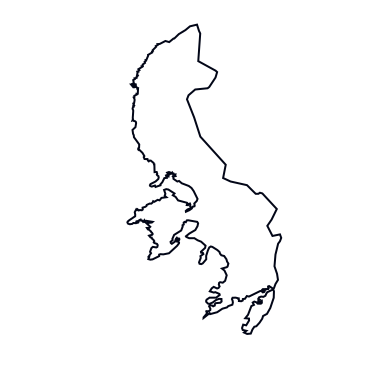 Ulstein nor, Møre og Romsdal, Norway (Albers equal-area conic projection), rotated 337°
{"feature_id": "86288312B47478936056679", "entity_name": "Ulstein nor", "entity_type": "district", "adm_level": 2, "iso_a3": "NOR", "parent_name": "Norway", "parent_adm1": "Møre og Romsdal", "projection": "albers", "projection_center": [5.867, 62.327], "detail": "fine", "context": "isolated", "style": "outline", "palette": "ink", "viewbox_px": 384, "rotation_deg": 337, "n_neighbors": 0, "source": "geoboundaries", "source_scale": "gbopen_adm2", "svg_char_len": 6087}
<svg xmlns="http://www.w3.org/2000/svg" viewBox="0 0 384 384"><g transform="rotate(337 192 192)"><path d="M262.0,39.9L254.9,38.7L249.2,40.4L241.6,41.5L235.6,43.8L235.0,43.5L229.6,45.1L226.5,42.6L220.1,43.1L218.1,42.4L218.1,43.2L215.7,43.5L215.7,44.3L211.2,46.1L211.2,46.9L210.0,47.2L209.9,48.0L205.1,48.6L204.9,49.4L201.7,52.5L200.9,52.4L200.9,53.2L199.3,53.6L199.2,54.8L196.4,55.4L195.9,57.0L194.8,56.6L194.7,57.4L190.7,58.0L191.1,59.2L190.3,59.2L189.8,60.3L188.6,59.9L188.4,61.1L187.5,62.2L187.7,63.4L186.9,63.4L186.8,64.2L186.1,64.2L185.6,65.3L183.6,64.9L183.6,65.7L181.6,66.0L181.0,69.1L179.8,69.1L182.3,70.9L181.6,73.0L178.2,70.2L178.9,72.6L180.0,72.4L180.1,73.1L181.7,73.4L182.2,74.4L182.0,75.6L182.8,75.6L180.5,80.3L179.4,79.9L179.3,80.7L176.5,80.9L176.1,82.1L175.3,82.1L175.4,84.1L174.9,85.3L173.4,87.6L172.6,87.6L172.6,89.6L171.8,89.5L171.7,90.7L170.9,90.7L169.8,92.2L169.8,93.8L169.3,95.0L166.3,100.9L166.2,101.7L165.2,102.8L166.0,102.8L166.1,103.7L167.4,104.8L167.7,105.5L167.5,106.7L165.3,110.2L161.5,111.6L160.5,115.4L160.6,116.9L160.0,118.9L162.0,127.6L160.5,130.7L159.6,130.8L159.1,131.9L159.5,132.7L160.1,132.8L161.7,136.6L162.2,140.3L161.2,141.0L161.2,143.1L163.9,144.3L163.7,145.8L164.2,146.9L165.2,146.5L166.3,147.0L168.0,150.2L167.8,151.9L168.1,152.0L165.3,159.1L167.3,159.8L167.1,161.7L166.4,162.2L166.5,163.0L167.3,164.3L167.0,165.7L166.0,166.9L162.5,168.1L156.9,168.5L155.9,169.3L155.9,170.2L157.1,171.3L160.4,171.6L160.4,173.1L165.6,173.5L165.8,172.7L168.5,171.4L172.0,168.4L174.3,169.1L174.5,166.6L175.2,166.6L175.4,168.2L176.4,168.6L177.0,166.8L178.2,166.4L179.0,166.9L177.0,165.6L176.7,164.5L178.6,164.6L180.0,165.9L179.3,166.8L181.1,166.4L181.0,166.7L181.9,167.4L181.5,167.8L182.2,168.0L182.2,168.7L183.6,169.3L183.0,169.9L183.1,170.9L180.9,170.5L180.0,169.3L180.7,170.6L180.1,172.7L182.6,176.6L184.4,176.8L186.0,180.0L191.4,185.2L193.1,188.1L193.9,191.8L194.4,200.5L192.9,202.1L189.6,203.5L189.2,205.4L188.7,206.1L187.0,205.8L185.3,207.1L182.5,207.7L178.7,207.8L178.9,207.0L181.0,206.3L184.5,206.4L185.0,205.4L184.7,204.4L185.5,203.1L185.6,201.8L184.4,201.7L183.2,202.6L182.1,202.0L183.3,200.6L183.2,200.0L175.9,194.3L175.0,190.1L173.1,187.5L175.3,186.5L171.2,180.5L169.4,179.3L167.1,179.2L166.8,183.2L165.4,184.8L166.4,186.8L161.6,185.5L158.9,187.0L157.3,185.8L153.5,186.3L152.7,185.3L151.6,186.3L150.0,186.8L148.5,186.1L145.3,186.2L144.6,187.1L143.2,187.4L140.4,187.1L139.8,188.9L138.7,189.2L136.9,188.2L135.8,188.2L135.1,186.6L134.4,187.0L134.0,186.1L131.4,188.2L131.0,190.4L130.2,192.1L123.1,193.5L121.2,194.1L120.6,194.9L120.8,196.2L122.2,197.4L124.6,198.0L125.9,197.6L128.0,198.7L129.4,197.3L130.3,197.5L129.8,199.0L130.6,199.1L132.4,197.3L134.0,197.3L134.0,198.5L134.8,198.7L135.3,200.3L136.9,199.5L136.6,201.0L137.2,201.3L138.4,200.5L144.1,204.1L143.1,204.4L137.8,202.8L140.0,207.7L138.6,208.3L136.5,207.5L136.8,209.2L137.5,209.6L138.9,212.5L138.8,213.3L139.3,214.0L139.4,215.3L138.7,215.8L135.4,215.4L136.1,217.7L137.1,218.2L137.0,219.4L137.8,220.9L138.1,222.5L137.1,223.3L137.4,224.2L139.5,226.1L139.7,227.5L138.6,229.0L137.5,229.1L134.5,227.2L132.7,227.8L130.0,230.7L130.4,232.3L126.7,234.6L127.2,235.1L125.6,236.7L127.2,238.0L129.4,238.6L136.7,238.2L137.3,236.8L138.7,236.9L141.2,238.2L146.9,239.4L157.3,235.7L160.0,234.1L160.3,233.5L159.7,232.4L161.8,230.8L162.0,229.9L161.3,229.5L159.6,231.3L158.8,231.5L158.7,230.8L160.5,229.3L160.2,228.2L158.8,228.9L157.0,231.0L153.2,231.8L152.6,230.7L152.8,229.5L155.4,228.7L155.6,227.5L158.8,224.5L167.0,223.2L169.9,220.2L170.3,218.9L171.7,218.7L172.4,216.9L173.5,216.6L174.5,217.4L176.1,216.1L177.4,216.5L185.1,221.5L185.4,223.2L183.7,225.6L180.2,228.3L173.3,229.2L169.1,230.4L169.2,231.1L171.3,233.4L176.1,235.4L178.3,238.6L181.0,241.3L183.5,246.7L182.2,248.6L176.9,250.5L176.7,251.4L178.2,252.3L178.2,253.6L174.7,254.3L174.3,256.1L171.0,259.5L170.9,261.0L172.4,262.0L174.0,261.9L178.8,259.5L180.1,256.3L183.7,252.1L186.2,249.8L188.0,249.5L189.3,250.5L192.7,255.4L193.9,258.0L193.7,259.7L194.3,261.7L196.6,263.5L197.4,267.4L197.1,269.7L197.5,272.1L195.6,274.5L194.7,274.8L189.7,274.2L191.2,277.0L191.4,282.2L187.8,286.7L184.9,287.5L182.6,286.0L181.5,286.2L180.5,287.7L180.5,289.7L178.9,290.7L177.4,290.6L174.9,287.8L172.5,288.4L169.6,290.4L172.8,293.1L174.3,293.3L177.4,296.5L177.3,297.6L172.9,298.7L166.9,296.1L163.4,296.8L162.4,297.8L162.2,298.8L163.2,301.1L164.2,301.8L167.9,301.8L171.8,300.8L175.1,300.9L177.3,302.0L176.4,304.4L174.8,305.0L170.4,303.6L169.1,304.2L168.6,305.4L166.8,305.5L166.2,304.4L164.3,303.4L163.1,303.8L163.3,306.7L162.7,307.8L160.6,308.3L158.7,307.3L158.4,307.7L158.7,308.9L157.7,309.9L153.7,311.9L153.4,312.5L160.9,310.4L161.0,311.5L168.2,312.5L174.4,311.3L179.1,311.9L180.8,311.2L185.1,311.5L186.4,309.8L186.9,308.0L186.9,306.2L188.0,305.2L190.9,306.3L193.4,308.2L192.8,308.8L193.1,309.8L192.6,310.7L194.7,311.8L196.3,311.7L197.0,310.4L199.0,311.0L201.8,309.2L203.6,310.5L216.2,309.8L217.2,310.4L218.0,312.1L219.1,312.2L219.1,311.4L220.4,311.4L220.0,310.8L219.1,310.8L218.5,309.4L219.2,309.1L224.3,311.1L224.9,310.6L224.8,309.6L225.1,308.7L226.2,308.7L228.9,312.8L229.9,312.5L232.9,309.3L236.8,306.5L238.3,300.6L238.9,292.6L244.4,282.2L251.1,273.2L253.7,271.7L256.2,269.1L256.4,265.4L248.9,263.9L248.1,252.6L254.5,248.5L263.4,240.8L256.2,220.8L254.2,219.2L252.4,219.6L249.9,218.5L245.3,207.2L231.6,197.4L226.1,191.3L233.7,180.1L221.3,144.3L223.1,124.2L223.6,104.7L226.6,101.6L235.0,98.9L246.9,102.6L248.9,102.1L258.4,95.8L262.0,91.4L261.1,89.5L248.9,74.0L261.5,49.3L261.4,46.4L262.0,39.9ZM222.7,313.6L221.0,314.3L219.0,316.2L216.7,316.4L214.8,315.3L212.6,315.2L211.3,316.2L212.2,317.5L210.8,317.6L210.2,318.6L210.6,319.7L213.7,319.5L213.0,321.3L211.8,321.7L208.8,320.4L208.2,318.7L206.5,317.2L204.7,317.5L204.9,320.1L202.1,320.2L195.6,326.9L191.7,329.0L195.0,330.8L194.3,332.6L189.8,335.9L187.3,334.1L184.9,336.8L184.8,338.8L187.8,341.0L185.0,341.7L187.3,344.2L190.8,345.3L193.9,342.2L196.7,340.4L198.8,340.7L203.1,338.7L207.1,336.1L209.0,333.9L213.4,333.5L218.7,329.4L225.9,321.3L228.6,315.5L228.8,313.4L222.7,313.6Z" fill="none" stroke="#020617" stroke-width="2"/></g></svg>